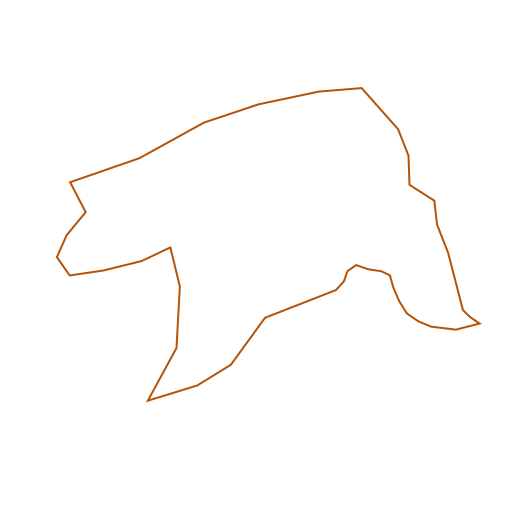 the border of Luweero, rotated 249°
{"feature_id": "UGA-3092", "entity_name": "Luweero", "entity_type": "County", "adm_level": 1, "iso_a3": "UGA", "parent_name": "Uganda", "parent_adm1": "", "projection": "albers", "projection_center": [32.54, 0.844], "detail": "fine", "context": "isolated", "style": "outline", "palette": "amber", "viewbox_px": 512, "rotation_deg": 249, "n_neighbors": 0, "source": "natural_earth", "source_scale": "10m", "svg_char_len": 666}
<svg xmlns="http://www.w3.org/2000/svg" viewBox="0 0 512 512"><g transform="rotate(249 256 256)"><path d="M326.3,69.7L343.3,86.7L358.0,112.7L391.5,108.9L389.1,182.4L399.2,255.1L396.7,312.7L387.0,373.5L374.9,414.8L323.4,434.1L295.0,434.3L267.4,424.8L243.7,442.3L220.5,436.3L190.0,436.5L131.4,429.8L122.1,434.1L112.8,440.5L115.6,416.2L127.4,394.0L136.8,384.2L148.2,376.3L162.6,373.5L177.7,372.9L189.9,374.1L196.8,367.6L203.5,355.9L211.6,346.3L209.1,335.9L200.9,329.1L195.6,318.6L195.1,242.3L163.5,193.6L156.2,154.7L159.7,103.2L198.6,148.8L254.9,174.0L294.7,179.1L292.3,147.5L297.1,108.6L304.6,75.1L326.3,69.7Z" fill="none" stroke="#b45309" stroke-width="2"/></g></svg>